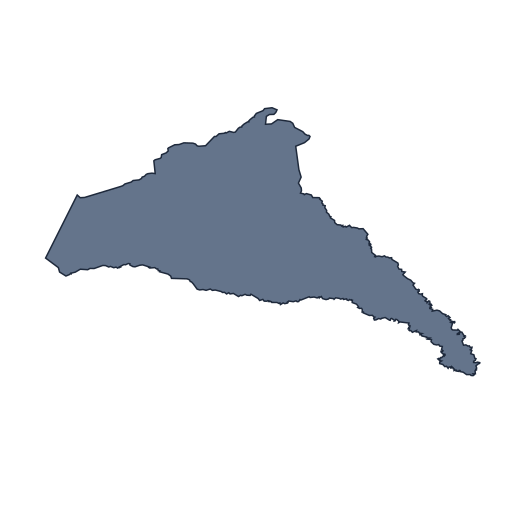 outline of Nova Ubiratã, Mato Grosso, Brazil, rotated 83°
{"feature_id": "56859067B8352278132319", "entity_name": "Nova Ubiratã", "entity_type": "district", "adm_level": 2, "iso_a3": "BRA", "parent_name": "Brazil", "parent_adm1": "Mato Grosso", "projection": "equal_earth", "projection_center": [-54.56, -12.966], "detail": "fine", "context": "isolated", "style": "filled", "palette": "slate", "viewbox_px": 512, "rotation_deg": 83, "n_neighbors": 0, "source": "geoboundaries", "source_scale": "gbopen_adm2", "svg_char_len": 6014}
<svg xmlns="http://www.w3.org/2000/svg" viewBox="0 0 512 512"><g transform="rotate(83 256 256)"><path d="M356.5,63.1L355.7,62.7L353.4,64.5L354.1,65.1L353.4,69.7L352.7,70.6L351.0,71.0L346.7,69.1L345.8,70.5L345.6,68.8L346.6,67.2L346.0,66.7L345.3,66.8L345.2,68.4L343.8,71.2L342.9,70.7L342.6,71.8L341.3,72.6L340.7,71.0L338.7,72.6L339.3,74.1L338.1,75.2L337.4,74.7L335.9,77.9L332.9,80.4L331.8,83.0L332.2,87.8L330.5,87.1L329.3,89.9L328.7,89.9L328.4,88.3L327.0,89.2L326.4,87.5L325.2,88.0L325.3,89.5L324.9,90.0L324.6,89.0L322.1,89.1L321.6,89.9L323.2,91.9L321.9,92.0L321.5,93.4L321.0,93.7L319.5,91.7L319.0,91.9L316.4,95.2L315.4,95.8L313.7,95.4L313.9,97.3L313.2,99.1L311.5,99.8L310.8,98.3L309.3,98.2L308.9,98.8L309.4,99.4L308.4,101.4L304.0,103.7L302.4,102.0L301.8,103.4L298.8,105.4L297.0,108.3L293.2,112.1L292.4,112.5L290.1,109.9L289.1,113.2L287.0,113.1L286.4,115.7L283.5,116.7L282.2,115.8L280.3,116.0L276.0,121.5L274.2,121.6L274.2,123.8L273.1,125.4L272.9,127.0L271.5,128.5L272.1,131.0L271.0,134.0L271.0,136.8L271.5,137.4L271.1,138.3L269.9,137.4L266.6,140.7L263.2,140.5L262.5,141.2L261.4,140.2L260.1,141.3L258.9,140.8L259.1,142.3L258.6,142.4L257.5,141.3L257.2,142.2L255.5,141.6L253.6,143.0L253.1,144.3L252.6,143.6L251.6,144.3L251.2,143.6L249.8,143.8L248.1,142.3L241.9,146.4L241.6,150.6L240.6,151.9L239.5,155.6L239.5,157.5L237.2,159.4L236.7,158.8L238.3,163.0L237.4,163.7L237.8,165.9L236.2,166.1L236.8,167.2L235.6,168.0L234.8,171.7L232.4,173.8L230.3,173.7L227.3,177.4L226.1,176.9L225.9,177.8L223.2,178.7L221.2,180.7L219.4,180.3L216.5,181.8L214.5,181.2L213.6,183.4L212.5,183.2L211.4,184.2L209.7,183.5L207.3,185.8L206.9,185.4L205.8,186.2L204.9,192.6L202.2,193.6L200.2,198.4L201.0,200.6L200.2,200.9L199.0,204.2L196.8,202.9L194.0,202.8L188.8,205.0L183.2,201.6L175.6,202.9L151.9,203.2L149.4,194.0L146.3,189.1L143.9,187.8L142.7,188.8L142.6,190.2L141.0,192.5L138.3,194.4L133.1,202.0L128.8,203.3L126.6,205.7L123.3,217.8L126.8,224.5L126.4,230.5L118.7,228.7L117.2,225.5L117.6,221.0L116.0,218.9L113.5,217.3L110.8,222.0L110.8,229.5L112.6,231.3L114.5,238.3L116.9,240.6L117.8,240.6L117.9,242.1L119.9,245.3L121.2,246.8L121.9,246.7L121.9,248.1L123.6,251.8L125.2,254.1L126.2,254.4L126.2,256.3L127.1,258.0L130.5,261.4L130.6,263.2L129.0,267.3L130.3,270.7L129.7,271.4L130.3,272.4L130.2,277.8L132.5,281.0L132.3,282.7L140.4,292.6L140.1,299.4L139.5,301.0L137.5,302.4L136.3,304.9L134.9,313.8L136.0,318.8L135.7,323.1L138.0,329.6L138.6,330.4L141.0,330.3L142.7,332.6L143.9,337.3L146.7,338.1L147.4,339.1L148.2,344.4L149.1,345.8L161.9,346.0L161.1,349.2L161.1,353.3L161.6,355.0L163.3,357.0L163.8,359.4L165.1,360.2L166.2,362.8L166.1,368.8L167.4,370.8L168.5,377.3L170.0,379.6L170.5,381.8L177.0,419.0L176.7,423.4L173.7,426.0L232.4,465.1L243.4,453.6L248.0,452.9L252.7,447.1L251.6,443.1L250.6,442.1L251.1,441.6L250.5,441.4L250.0,437.3L247.7,432.0L249.1,424.7L248.1,422.3L248.7,418.2L246.7,409.2L247.2,406.4L249.0,403.5L248.6,401.7L250.3,398.6L250.0,396.3L251.2,394.7L250.5,393.7L250.9,393.1L250.4,391.7L249.9,392.2L248.4,388.2L248.8,386.5L247.9,383.8L248.3,382.1L249.5,382.3L251.5,379.5L252.0,377.4L251.0,372.5L251.0,369.6L254.0,363.0L254.4,363.7L255.0,362.9L255.2,357.9L256.8,356.1L256.8,355.1L258.6,354.8L259.0,353.2L259.9,353.6L263.2,345.6L265.5,343.1L267.9,342.6L270.3,327.1L271.6,324.9L273.3,324.4L273.8,323.2L275.9,321.7L281.7,318.5L282.8,316.1L282.8,312.7L284.0,309.7L283.2,305.4L284.8,303.5L284.8,300.6L287.1,294.7L288.1,293.8L288.2,291.7L290.1,289.8L289.1,287.5L290.5,286.4L290.4,283.0L294.1,278.3L293.1,276.0L293.7,274.9L292.7,271.5L293.8,269.9L294.4,266.6L293.3,265.7L298.4,259.1L300.6,257.8L299.9,254.5L301.8,253.4L302.2,250.7L301.7,249.6L302.4,248.0L302.8,248.5L303.2,246.3L304.0,246.0L304.7,240.8L305.8,239.1L305.5,238.0L307.2,237.7L305.9,234.8L306.8,233.3L306.6,230.7L306.2,230.0L305.6,230.5L304.7,229.0L305.9,224.6L305.4,221.7L306.4,220.7L306.4,219.2L304.6,217.6L305.2,216.9L302.9,208.1L303.8,207.4L303.8,203.3L305.1,200.4L304.4,198.8L305.3,198.4L304.3,197.6L304.7,196.8L304.2,196.1L306.4,195.1L307.8,191.8L307.5,189.2L306.7,188.3L307.8,184.1L308.5,183.8L307.2,182.0L308.2,178.5L309.1,177.3L308.8,174.8L309.8,174.4L309.6,171.3L310.8,171.0L311.4,169.5L310.6,168.3L311.3,167.3L311.1,166.6L311.7,166.5L311.7,165.7L313.9,166.2L316.1,162.0L319.0,160.4L319.5,161.3L320.7,159.6L320.8,157.6L322.1,157.0L324.6,157.5L324.7,156.3L325.5,156.5L328.8,150.8L329.1,147.6L330.9,146.5L331.2,145.5L332.3,146.8L334.0,146.3L334.0,144.6L333.0,141.9L333.8,139.8L333.2,139.1L332.8,135.3L336.0,131.3L336.2,130.6L334.6,129.8L334.5,128.9L336.8,126.4L337.4,126.7L337.3,125.8L335.9,125.0L336.2,124.0L338.3,122.1L339.6,122.6L339.0,121.1L341.2,112.4L342.7,113.1L343.8,112.4L343.9,111.7L345.2,111.9L345.3,112.9L346.7,113.8L346.9,112.7L348.3,113.2L348.9,112.6L348.8,111.5L350.8,110.1L349.5,105.7L350.9,106.2L351.2,103.9L352.5,103.2L353.1,101.1L353.5,102.8L354.2,102.9L354.3,101.4L355.6,101.1L357.3,96.5L358.0,96.8L358.6,93.6L359.5,95.6L360.3,92.0L362.4,92.7L365.3,90.3L366.3,87.5L366.2,85.4L367.8,84.7L368.5,82.1L371.5,83.2L372.9,81.9L373.5,82.6L373.1,84.0L373.8,84.1L375.8,82.6L376.6,80.4L377.4,80.4L378.1,81.2L376.9,81.2L376.8,81.8L377.9,82.1L379.5,84.1L379.2,84.8L379.8,85.7L380.5,85.9L379.9,87.2L380.3,88.1L382.2,86.4L382.8,84.6L383.7,86.6L385.2,86.8L386.4,83.8L388.8,82.1L388.7,80.3L390.9,79.0L389.8,78.1L389.7,76.7L390.9,76.4L390.9,75.5L389.7,75.2L391.1,73.9L391.9,74.0L392.4,73.0L393.8,73.4L393.5,72.0L393.8,71.1L394.5,71.4L395.2,69.0L394.3,68.3L394.6,67.4L395.6,67.5L396.6,64.5L399.4,61.4L399.8,57.8L400.8,57.1L401.2,55.1L400.5,53.9L399.4,54.8L399.6,52.6L396.7,52.6L395.9,51.1L395.3,51.7L394.2,50.6L391.9,51.1L390.4,49.0L389.8,47.1L389.1,46.9L388.3,49.2L388.7,50.7L388.2,53.0L387.0,52.8L386.2,51.0L384.7,50.2L384.2,51.3L380.6,51.8L379.1,54.8L376.1,53.3L375.2,54.7L374.3,53.3L372.9,52.7L372.8,54.5L371.2,55.2L371.2,56.6L369.8,58.5L369.8,60.9L365.5,61.9L364.7,60.8L363.4,60.7L363.1,59.2L361.9,58.0L361.1,59.2L360.6,58.5L360.4,59.2L356.6,61.0L356.5,63.1ZM356.5,63.1L358.5,63.8L358.4,65.8L357.7,65.7L356.5,63.1Z" fill="#64748b" stroke="#1e293b" stroke-width="1.5"/></g></svg>